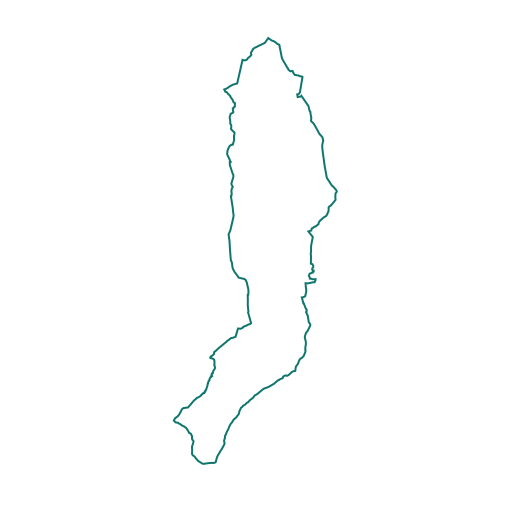 the district of Vascau, Bihor, Romania, rotated 104°
{"feature_id": "2599482B4417163112407", "entity_name": "Vascau", "entity_type": "district", "adm_level": 2, "iso_a3": "ROU", "parent_name": "Romania", "parent_adm1": "Bihor", "projection": "natural_earth1", "projection_center": [22.487, 46.466], "detail": "fine", "context": "isolated", "style": "outline", "palette": "teal", "viewbox_px": 512, "rotation_deg": 104, "n_neighbors": 0, "source": "geoboundaries", "source_scale": "gbopen_adm2", "svg_char_len": 6102}
<svg xmlns="http://www.w3.org/2000/svg" viewBox="0 0 512 512"><g transform="rotate(104 256 256)"><path d="M435.6,295.9L436.5,294.4L436.9,293.6L436.7,291.3L436.7,291.0L437.2,290.3L437.7,288.0L438.1,287.5L438.5,286.2L438.7,284.7L439.3,283.4L439.6,282.4L442.3,279.3L443.8,278.2L444.0,276.6L444.2,276.3L445.4,275.3L445.6,274.9L446.7,274.4L448.8,273.9L449.6,273.4L450.1,272.5L450.8,271.8L452.9,271.7L456.4,272.0L460.9,270.7L462.8,270.4L463.8,270.0L464.5,269.3L464.8,268.9L465.4,267.1L467.4,264.8L468.2,263.3L468.5,263.0L468.7,262.9L470.4,258.0L470.4,256.7L468.4,251.8L467.4,248.8L467.1,247.1L466.8,246.5L466.2,245.6L465.8,245.3L465.1,245.2L461.1,245.2L459.2,244.9L453.5,243.2L451.3,242.4L446.5,241.2L445.3,241.2L443.1,242.3L442.0,242.3L440.1,242.1L438.1,242.6L437.1,242.2L433.9,241.8L430.3,240.9L428.2,240.7L425.5,240.1L424.1,239.5L423.1,238.9L421.9,238.7L419.8,237.9L418.8,237.2L418.2,236.6L417.2,236.1L413.5,234.5L412.5,234.4L410.8,234.6L406.9,233.8L405.8,232.9L404.4,232.3L402.8,230.6L400.6,229.3L399.9,228.4L399.1,227.9L397.5,227.2L396.5,226.3L394.1,224.4L392.4,223.9L391.5,223.4L391.1,222.8L388.9,220.8L386.3,219.0L382.9,216.4L382.3,215.6L381.3,213.9L379.6,211.7L375.7,207.7L371.4,204.7L370.6,203.5L369.8,203.0L368.4,201.0L367.9,200.6L367.3,200.5L366.6,200.5L365.5,199.6L364.7,198.3L364.6,198.0L364.8,197.4L364.6,196.6L363.4,195.4L359.7,193.0L358.8,191.8L358.1,190.2L357.6,190.1L354.7,190.5L353.2,190.4L350.8,189.3L346.8,188.8L345.3,188.3L344.7,187.8L343.4,186.6L341.3,185.5L337.2,184.9L336.6,184.9L335.8,185.3L334.8,185.3L334.4,185.7L332.9,186.0L329.3,186.3L328.2,186.6L326.9,187.0L323.2,189.0L321.6,189.1L318.8,188.9L317.5,188.5L316.7,187.9L310.4,186.5L308.9,187.0L307.6,188.7L300.9,191.6L300.9,191.8L298.6,193.7L298.1,193.5L297.9,193.7L297.6,193.5L295.7,193.9L295.5,194.4L294.6,195.2L289.9,198.6L290.1,198.8L285.1,201.5L284.8,200.6L283.9,199.3L283.1,198.6L282.6,198.5L278.5,198.7L277.1,198.9L273.1,200.5L270.4,201.3L270.3,200.4L269.8,198.5L267.8,194.5L267.3,192.8L265.2,192.4L264.1,192.6L264.9,195.9L264.7,196.7L264.9,198.3L264.1,198.4L262.3,200.0L260.1,199.6L258.4,197.0L257.7,197.2L257.2,196.3L256.2,196.6L256.4,197.0L256.1,197.6L255.9,197.9L255.2,198.3L254.4,198.4L253.0,197.8L252.0,197.9L250.3,199.3L250.2,200.9L243.2,202.5L240.7,203.4L238.3,203.7L232.8,205.0L223.8,205.5L219.5,211.1L217.9,208.5L216.4,208.6L215.6,208.4L215.2,207.8L213.9,206.8L213.3,205.9L213.0,205.8L212.9,205.2L211.6,204.4L211.2,203.9L210.4,203.5L210.0,203.1L208.4,203.2L207.6,203.0L206.0,202.3L203.9,200.7L202.3,199.8L200.2,197.6L199.1,197.3L198.6,197.0L196.7,196.9L195.9,196.5L193.5,196.7L191.4,197.3L190.3,196.9L190.2,196.6L189.0,195.8L189.0,195.6L182.3,192.4L179.3,193.4L177.7,193.6L176.6,194.0L175.3,193.7L174.3,193.2L173.4,193.4L172.9,193.8L171.0,196.4L169.8,198.2L169.5,199.2L163.0,206.2L152.2,211.1L137.9,216.8L133.7,218.3L130.8,218.7L128.0,218.6L125.3,219.9L124.4,220.7L123.3,222.3L122.8,223.2L122.4,223.5L122.1,224.2L120.3,225.7L114.7,230.9L112.9,233.0L112.3,234.4L111.4,235.4L108.7,235.7L104.6,237.6L103.2,238.0L102.1,239.2L98.5,241.0L97.8,241.4L89.7,250.6L90.2,250.7L91.7,254.0L89.2,255.1L88.5,253.8L87.9,253.4L86.6,253.0L71.0,254.2L70.8,254.5L70.9,257.0L70.6,258.5L70.9,262.1L70.1,263.2L69.0,264.4L67.6,265.3L68.5,267.5L67.3,269.6L65.8,270.9L65.5,271.4L58.0,278.6L45.4,284.5L45.1,286.6L44.3,287.9L43.4,290.2L43.1,293.0L41.6,296.8L47.1,299.0L52.0,304.9L53.5,306.5L54.1,307.5L55.7,308.8L56.6,309.1L57.6,309.2L59.1,309.9L59.8,310.0L60.6,309.9L61.8,309.2L62.3,309.2L62.9,309.7L64.0,310.1L65.5,311.5L67.9,312.5L68.9,314.1L69.0,314.6L68.9,316.5L93.1,316.0L94.5,318.4L95.5,320.0L98.1,322.9L99.1,323.5L100.9,325.4L102.1,327.1L104.0,325.6L104.1,324.2L104.5,323.4L105.5,322.4L105.7,321.7L107.3,319.4L108.0,319.1L110.3,316.3L112.4,314.9L112.5,313.7L113.5,313.2L115.0,313.0L115.9,312.6L116.1,312.6L117.3,313.6L118.2,314.1L118.3,313.8L120.5,313.6L121.7,312.8L122.7,313.2L124.2,315.0L127.3,315.1L128.6,314.9L130.0,314.1L133.1,313.1L133.6,313.1L135.0,311.8L135.8,311.4L138.9,310.9L140.4,308.6L141.3,306.8L143.1,306.4L145.1,306.3L147.9,305.6L148.5,305.3L153.2,305.4L153.6,305.5L153.8,305.9L153.6,306.2L154.8,307.4L154.9,307.7L155.8,308.2L156.9,308.6L159.8,309.0L161.5,309.1L162.5,308.8L163.6,308.8L164.0,308.7L165.4,307.8L166.7,306.6L170.8,303.4L171.1,304.2L174.2,303.3L181.7,298.6L182.6,297.7L184.7,297.1L191.7,297.4L192.8,296.9L194.4,295.3L194.9,295.3L195.8,295.7L198.3,295.7L199.8,295.3L201.3,294.7L203.4,294.4L203.9,294.9L213.7,290.7L222.6,287.4L225.4,287.3L236.8,287.1L241.8,287.8L248.2,285.2L254.5,283.3L266.2,279.4L268.0,277.9L272.9,276.0L274.8,274.7L276.8,272.8L279.6,269.3L281.1,267.8L281.2,266.3L281.1,261.8L281.3,261.1L282.0,260.0L284.6,258.1L285.5,257.8L289.9,255.5L291.6,254.9L295.6,254.1L295.9,254.6L301.3,253.1L305.4,252.2L311.8,249.9L312.5,250.1L322.4,244.5L323.2,245.1L323.8,245.9L324.4,246.9L326.3,249.0L327.2,250.5L328.0,251.1L328.3,251.5L328.9,251.6L330.3,253.2L330.7,255.9L339.3,256.3L340.9,258.5L341.4,259.8L342.0,260.7L344.6,262.6L345.6,263.6L346.2,263.8L354.8,270.2L358.1,272.3L359.0,273.2L360.3,273.3L361.0,273.0L361.4,273.1L362.7,273.9L364.2,275.3L365.2,275.8L365.5,275.8L366.1,275.5L366.0,273.4L366.3,272.2L366.8,271.5L367.3,271.2L369.3,270.5L371.8,270.1L372.1,269.7L372.7,269.6L374.1,268.8L375.4,268.7L377.7,269.6L378.9,269.6L379.3,269.8L379.9,269.5L380.4,270.1L381.1,270.3L381.3,270.1L381.8,270.3L382.2,270.2L382.3,270.4L382.5,270.4L382.4,270.3L382.5,270.1L382.9,270.2L383.1,269.9L383.2,270.1L383.7,269.9L384.2,270.2L384.1,270.4L384.7,270.9L386.4,271.2L386.7,271.4L387.8,271.1L388.5,271.4L388.9,271.7L389.3,271.6L390.0,271.8L390.6,271.9L391.2,271.7L392.0,272.0L393.2,271.7L395.9,272.0L397.2,271.9L397.6,272.2L398.3,272.2L398.7,272.4L399.2,272.4L399.4,272.7L399.8,272.4L400.0,272.4L400.9,273.1L401.4,273.1L401.4,273.4L401.6,273.4L402.0,274.1L402.3,274.1L402.5,274.6L403.3,274.9L403.5,275.1L404.2,275.4L404.3,275.6L404.7,275.6L405.4,276.1L407.1,277.7L407.6,278.6L408.1,279.2L409.5,279.9L411.0,281.1L419.2,285.2L419.7,285.8L420.0,287.1L420.6,288.2L421.1,289.6L422.1,290.4L422.9,290.9L424.8,291.2L428.7,292.3L430.6,293.3L433.1,295.3L435.6,295.9Z" fill="none" stroke="#0f766e" stroke-width="2"/></g></svg>